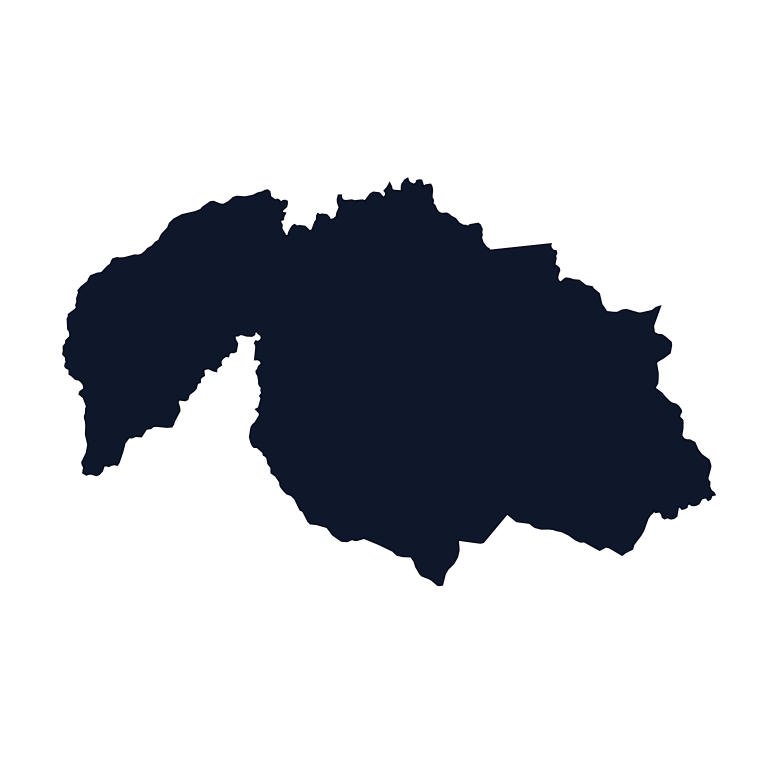 São Gabriel do Oeste, Mato Grosso do Sul, Brazil, rotated 263°
{"feature_id": "56859067B2444555609749", "entity_name": "São Gabriel do Oeste", "entity_type": "district", "adm_level": 2, "iso_a3": "BRA", "parent_name": "Brazil", "parent_adm1": "Mato Grosso do Sul", "projection": "mercator", "projection_center": [-54.463, -19.151], "detail": "fine", "context": "isolated", "style": "filled", "palette": "ink", "viewbox_px": 768, "rotation_deg": 263, "n_neighbors": 0, "source": "geoboundaries", "source_scale": "gbopen_adm2", "svg_char_len": 6099}
<svg xmlns="http://www.w3.org/2000/svg" viewBox="0 0 768 768"><g transform="rotate(263 384 384)"><path d="M427.5,667.8L426.7,663.5L424.1,659.1L423.0,648.2L423.2,645.5L428.1,634.1L428.3,629.8L426.5,624.5L426.9,620.8L428.6,613.8L436.8,609.7L447.4,608.6L452.8,603.5L455.1,602.4L456.9,596.3L463.0,590.4L464.3,584.3L465.6,581.9L466.9,577.7L466.2,575.8L463.3,571.9L465.3,569.7L468.3,569.1L472.2,570.4L475.2,572.1L477.7,571.9L479.6,570.3L481.5,567.9L487.9,570.0L490.6,569.6L492.4,571.2L495.1,571.0L496.2,567.9L498.7,566.6L500.5,566.0L502.7,566.8L503.7,505.4L505.6,504.4L506.8,502.6L512.2,499.4L517.6,498.4L520.0,499.5L522.9,499.3L525.7,500.2L530.1,498.8L531.9,497.1L531.5,488.7L530.1,486.9L531.3,484.5L531.7,482.0L534.5,478.1L539.4,475.1L542.3,471.0L544.4,469.2L545.8,467.1L546.1,461.8L547.9,459.1L550.3,457.6L555.0,456.2L557.3,454.3L560.4,455.4L563.5,454.2L570.8,455.7L574.1,455.5L576.5,454.6L576.4,449.9L575.4,447.3L581.6,446.1L582.2,443.4L581.6,441.3L579.6,440.4L578.4,437.9L580.7,434.2L582.6,433.0L585.2,432.6L584.0,429.7L580.6,426.5L577.9,425.4L573.4,424.9L574.9,417.5L575.8,415.7L579.3,415.3L582.8,414.1L578.9,411.3L575.8,407.8L573.3,409.2L570.8,408.5L569.0,406.2L574.1,402.7L575.6,396.8L574.3,393.6L567.9,387.5L569.1,385.3L569.3,377.0L570.5,374.4L570.5,368.1L571.5,365.7L574.3,364.3L576.7,364.6L576.9,361.8L573.0,360.3L570.1,360.1L564.5,361.2L559.6,358.2L555.9,357.1L553.9,354.1L553.5,350.8L556.1,349.8L558.9,347.8L560.1,343.1L559.7,340.9L561.1,339.1L559.2,337.8L555.4,337.3L553.1,335.2L545.7,331.4L545.0,328.8L550.0,324.8L551.4,319.4L551.1,316.9L553.1,314.6L551.8,312.2L549.1,310.0L546.4,308.2L543.1,306.9L543.1,304.6L550.9,301.3L554.3,302.2L556.7,301.2L559.1,301.1L559.5,304.1L561.8,304.5L565.7,307.0L566.5,304.1L568.7,304.1L571.9,308.8L574.5,309.8L577.2,310.1L578.3,308.0L578.1,305.9L576.7,303.2L578.7,302.8L580.2,301.1L579.9,298.2L583.9,294.1L588.8,294.0L590.7,292.1L590.5,289.6L589.4,286.7L588.8,281.7L587.3,277.9L586.9,275.2L586.5,268.4L588.1,260.8L587.4,257.1L583.9,252.2L581.7,246.6L582.3,243.5L585.9,237.0L585.9,234.0L581.5,225.6L579.4,223.3L577.9,217.7L576.5,204.2L573.2,195.5L569.5,190.7L565.2,188.4L560.2,182.3L558.2,180.6L554.0,178.1L552.4,174.3L549.2,170.9L547.1,165.8L545.1,163.7L542.2,159.3L541.6,155.8L542.3,152.3L540.8,141.5L541.1,136.8L541.8,134.4L541.1,130.2L539.1,128.5L536.2,127.2L534.4,123.8L528.8,117.2L528.8,113.1L527.1,106.1L524.3,103.8L521.7,102.5L517.2,95.2L514.0,91.8L512.1,92.3L506.7,89.6L502.7,89.3L499.9,87.8L497.6,88.3L495.8,86.8L491.5,79.3L489.1,79.0L487.5,77.7L477.0,76.9L474.8,78.2L471.5,78.4L469.2,77.9L465.9,73.6L463.0,73.0L460.3,70.3L456.0,70.0L452.7,68.9L448.9,71.5L446.8,71.0L444.7,71.5L442.6,70.0L440.3,69.5L438.5,70.7L436.8,73.4L432.1,72.8L430.5,74.9L426.3,78.4L425.3,81.7L422.5,84.2L420.4,85.3L417.9,85.8L415.6,85.3L413.5,81.4L411.1,80.2L407.1,84.0L397.9,86.2L395.9,85.1L391.0,84.2L389.0,83.1L386.8,82.7L382.9,83.3L378.5,83.1L370.2,81.7L359.8,82.8L351.7,80.2L342.9,74.6L340.8,74.8L337.8,75.9L332.5,74.3L330.0,77.4L330.6,79.8L330.4,82.5L328.3,87.4L328.9,90.1L331.9,93.7L336.9,96.1L336.9,98.4L335.8,100.8L336.8,103.6L337.0,106.9L335.9,109.4L338.4,111.4L348.8,116.4L357.0,119.6L361.9,124.3L361.4,127.1L362.4,131.2L361.3,136.8L368.2,142.5L368.4,147.3L370.1,149.8L369.9,153.3L367.7,162.9L367.4,168.1L369.7,170.1L371.9,170.9L382.2,178.0L385.4,178.1L391.4,177.1L393.3,178.9L391.8,184.6L392.6,187.2L397.2,189.2L400.7,195.0L402.6,197.0L407.5,198.8L407.9,201.7L411.5,202.2L412.9,203.6L414.3,206.6L419.7,206.6L420.8,209.2L420.6,212.2L418.1,215.9L416.9,219.3L419.5,219.6L421.2,221.9L422.5,224.9L424.9,224.6L427.1,225.1L429.1,227.2L431.0,230.4L430.2,232.9L433.1,234.1L434.1,236.0L433.6,238.6L434.3,241.1L441.8,243.5L446.8,241.6L450.0,242.0L449.7,245.4L450.8,247.2L450.3,249.6L448.5,253.5L447.6,258.8L448.8,261.5L450.9,262.0L452.1,263.7L449.3,265.4L447.2,267.7L444.7,268.1L442.7,266.8L441.3,264.1L442.3,262.0L440.4,260.6L437.9,261.5L435.4,261.3L423.9,258.7L423.7,261.8L421.8,264.3L419.1,264.9L416.7,261.7L414.0,260.5L412.4,258.7L410.1,258.8L407.7,259.9L402.2,260.2L399.6,259.8L397.4,260.5L395.6,262.0L392.7,261.2L389.8,261.7L387.4,259.3L384.8,260.4L375.6,256.7L374.5,253.6L370.4,256.8L368.0,256.7L361.3,251.4L359.5,248.8L357.5,247.1L354.9,246.2L347.7,244.2L342.1,244.9L338.7,246.1L337.0,247.3L336.8,250.2L330.7,255.6L328.1,255.7L326.5,258.0L324.1,259.0L318.9,259.2L314.8,261.8L309.6,261.2L305.8,265.3L299.3,268.7L296.2,268.5L293.9,269.3L289.2,272.3L286.9,274.2L284.8,278.4L280.8,281.5L269.3,285.4L267.5,288.0L256.8,291.9L254.3,293.9L253.1,299.4L248.7,310.0L240.3,314.8L233.3,322.7L232.2,328.4L233.8,333.5L232.6,335.5L232.2,338.1L233.4,345.4L225.3,359.7L217.2,372.3L212.7,376.0L210.6,381.6L209.3,389.6L204.7,392.2L198.5,393.4L190.9,396.7L188.9,398.4L185.3,405.2L183.6,407.4L177.8,412.7L177.3,414.7L177.5,417.5L188.0,421.5L192.5,425.0L197.5,431.5L203.5,435.8L210.0,438.1L220.1,438.6L214.9,458.4L214.4,460.8L214.8,463.4L240.1,490.4L231.4,498.9L228.2,511.4L223.4,516.3L221.0,522.5L220.2,529.8L219.2,534.1L217.3,538.2L216.2,542.0L211.8,548.9L205.8,555.5L203.3,559.7L203.1,563.5L192.8,577.7L195.3,584.4L194.3,587.5L185.1,599.5L187.2,602.9L189.9,610.5L194.2,612.3L202.6,620.5L206.9,623.7L218.2,629.4L221.7,632.4L223.5,635.1L225.8,636.4L223.5,637.7L223.6,642.1L221.0,643.7L217.8,644.2L216.1,646.0L216.9,649.2L215.2,652.2L215.4,655.4L217.1,658.4L226.2,661.1L225.6,663.2L223.5,664.4L223.7,667.1L224.8,669.7L226.7,670.2L228.2,672.2L226.1,674.6L225.6,677.0L225.8,679.2L226.8,681.9L231.2,685.2L231.9,687.3L231.8,690.1L229.0,691.6L230.0,694.0L233.3,695.7L233.7,699.1L236.2,698.0L237.9,696.0L239.8,695.2L242.8,694.5L247.0,695.4L249.0,694.0L251.2,693.8L261.9,698.1L264.0,698.2L269.0,697.2L275.1,690.6L280.6,687.4L287.9,685.3L291.1,680.7L291.6,677.3L293.0,675.0L296.4,673.0L303.1,675.0L309.0,675.9L311.6,676.0L315.3,673.2L317.8,674.0L320.1,675.8L322.2,675.6L325.8,673.7L328.1,671.5L330.1,667.0L332.2,664.9L336.7,661.3L340.8,658.8L347.0,652.3L351.4,655.6L355.1,656.4L361.2,657.3L371.9,656.8L373.4,658.7L376.0,664.7L380.0,671.7L387.4,674.0L390.5,674.0L396.2,668.9L398.8,666.0L399.7,661.9L402.1,658.4L408.9,658.4L427.5,667.8Z" fill="#0f172a" stroke="#020617" stroke-width="1.5"/></g></svg>